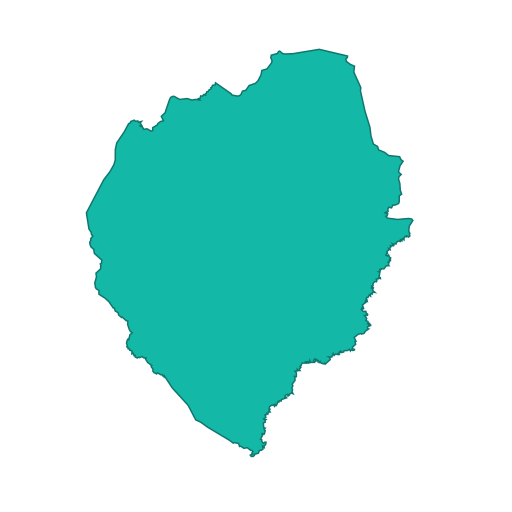 Pha Khao, Loei, Thailand, rotated 78°
{"feature_id": "78962969B60178316826194", "entity_name": "Pha Khao", "entity_type": "district", "adm_level": 2, "iso_a3": "THA", "parent_name": "Thailand", "parent_adm1": "Loei", "projection": "orthographic", "projection_center": [102.064, 17.053], "detail": "fine", "context": "isolated", "style": "filled", "palette": "teal", "viewbox_px": 512, "rotation_deg": 78, "n_neighbors": 0, "source": "geoboundaries", "source_scale": "gbopen_adm2", "svg_char_len": 6082}
<svg xmlns="http://www.w3.org/2000/svg" viewBox="0 0 512 512"><g transform="rotate(78 256 256)"><path d="M188.7,94.9L185.3,105.4L181.4,108.6L177.7,114.0L174.2,114.3L170.9,117.9L162.7,118.6L153.6,117.8L136.9,119.3L116.2,119.5L113.0,118.5L96.5,122.1L90.8,120.2L88.2,123.9L84.5,127.1L82.1,127.2L80.8,125.3L79.4,124.9L67.0,151.2L65.8,177.7L64.5,185.4L63.6,187.8L60.5,190.2L60.7,191.5L62.4,192.9L62.7,199.3L65.1,200.3L68.5,199.7L70.3,200.6L75.3,206.4L75.7,211.7L80.0,213.5L85.2,217.8L87.0,220.7L87.8,227.3L91.8,231.5L91.9,234.9L95.0,237.2L95.8,239.2L95.7,241.0L93.6,246.0L92.1,246.6L78.2,259.6L80.2,260.4L80.0,263.0L81.7,264.2L81.9,265.1L83.0,265.1L84.0,267.8L85.1,268.5L85.2,270.0L86.9,271.1L86.9,271.8L88.2,271.9L87.2,273.7L88.6,275.3L87.9,276.8L90.1,277.9L90.1,279.5L91.8,278.5L90.3,282.2L90.2,286.1L87.7,290.6L87.0,298.1L82.9,302.8L82.5,304.1L83.1,306.4L84.8,307.9L97.0,315.2L99.7,319.6L104.5,318.4L104.6,321.5L106.0,324.3L107.4,325.6L109.0,330.4L111.8,330.9L112.1,332.5L108.9,336.2L108.8,339.4L105.4,340.5L105.5,341.6L104.6,342.5L104.3,340.7L101.9,341.7L100.6,340.1L100.7,343.1L99.3,343.5L99.2,345.8L97.8,346.9L98.4,350.6L99.6,351.1L100.0,353.0L107.0,358.9L116.4,368.7L122.7,371.5L132.8,373.7L137.1,376.0L143.1,381.3L149.8,389.1L178.5,412.9L194.8,413.8L198.6,412.3L200.8,412.5L202.5,411.4L204.8,414.2L206.0,414.1L207.9,415.7L209.7,416.0L212.7,415.6L215.8,413.3L219.8,413.6L227.9,407.7L230.8,408.6L231.4,410.0L232.4,409.7L236.3,410.7L239.5,416.1L243.3,416.4L248.8,419.3L253.5,419.6L255.1,418.9L257.0,416.8L260.7,417.6L266.0,412.3L270.1,409.4L277.2,406.4L277.5,405.4L280.6,405.1L282.7,402.7L285.2,402.6L288.2,400.3L288.0,399.5L292.3,396.4L293.1,394.9L296.2,395.8L301.5,395.2L303.8,394.5L305.3,393.0L306.8,395.7L311.3,397.8L310.5,398.3L311.8,399.6L314.4,400.8L316.9,400.5L317.9,401.3L318.9,400.2L320.2,400.4L320.7,399.0L322.0,399.1L323.1,397.0L325.9,397.8L325.6,396.3L328.1,396.0L328.1,394.9L329.6,395.2L331.1,393.3L330.6,392.6L331.2,390.8L330.6,388.5L332.5,386.7L332.7,384.8L333.9,385.5L337.7,384.1L341.2,380.8L341.3,381.4L343.0,381.4L345.0,380.3L347.2,380.8L348.7,380.2L350.7,377.7L349.8,376.7L352.6,373.5L352.6,372.1L354.0,372.0L354.1,371.2L355.2,371.0L354.5,370.4L367.7,365.3L387.8,353.5L403.8,349.0L406.9,344.8L413.2,339.1L430.8,320.2L434.3,317.2L434.0,316.2L435.7,312.0L438.9,311.7L438.8,310.6L441.6,307.8L441.7,304.4L445.1,301.5L445.3,300.5L446.7,299.6L448.0,301.0L448.9,300.6L449.6,303.0L451.1,302.3L451.5,300.5L450.6,298.9L449.6,298.9L449.4,294.7L447.0,293.1L447.1,291.1L446.3,289.2L443.4,289.1L444.9,287.8L443.6,287.7L442.6,285.9L440.3,284.9L439.9,286.0L440.7,287.8L438.4,288.9L436.9,288.6L436.2,289.7L433.1,287.2L431.4,287.2L431.0,286.5L432.1,286.1L431.9,284.9L428.8,283.3L427.0,284.0L426.3,282.8L425.6,284.1L420.9,283.6L420.5,281.5L418.8,281.6L418.2,280.4L417.6,282.2L416.8,282.4L416.1,279.9L413.3,280.2L413.4,278.8L412.2,278.1L413.1,277.3L411.2,276.4L411.5,274.6L409.7,275.2L408.8,274.2L408.4,275.1L406.3,274.1L405.5,272.7L405.2,269.8L406.8,269.2L405.4,268.3L406.4,268.2L406.6,267.3L403.0,264.6L403.6,264.0L402.4,263.2L403.1,261.5L401.7,261.0L401.1,255.5L400.4,255.7L399.9,257.1L398.4,256.3L397.9,253.9L399.6,253.8L399.1,252.5L398.4,252.7L397.4,249.8L398.4,248.4L396.5,248.9L394.0,248.0L392.6,248.4L390.6,246.9L388.9,247.3L385.8,243.7L382.8,243.1L381.8,243.5L382.4,241.6L378.8,240.8L376.8,241.8L377.0,239.8L375.5,239.3L376.8,238.8L377.2,236.8L375.7,237.3L374.3,235.3L373.2,236.0L372.7,234.8L370.3,233.2L371.2,229.2L369.8,229.6L370.0,228.0L371.2,228.2L371.7,226.8L370.5,226.5L371.3,225.5L369.8,225.1L371.4,224.7L372.2,221.0L370.3,221.4L368.9,220.1L370.0,219.7L369.4,218.8L369.9,218.2L371.3,219.6L370.8,217.8L372.3,217.4L371.7,216.6L373.4,216.3L372.7,215.0L374.0,214.9L375.5,212.5L375.1,211.3L376.2,210.9L372.8,205.0L370.8,204.9L369.8,205.9L370.6,202.9L367.4,200.8L369.5,200.3L368.5,198.5L369.7,195.7L369.6,195.1L368.6,195.7L368.6,195.0L367.8,194.8L368.0,193.7L367.0,194.1L366.5,193.2L368.2,191.9L368.1,190.2L367.4,190.1L367.0,189.0L367.5,186.3L366.7,184.2L368.5,183.4L367.6,182.8L368.6,180.9L368.4,179.2L367.8,179.1L366.5,181.1L365.1,180.4L363.1,176.9L360.4,177.0L360.2,175.9L356.1,176.9L353.8,172.3L353.6,169.5L354.4,168.9L354.1,166.3L352.4,164.8L350.8,161.0L350.4,161.8L349.2,161.9L348.0,160.9L348.1,159.1L347.5,158.1L346.6,158.7L347.1,160.2L346.4,159.8L346.0,160.6L346.1,159.3L345.5,159.1L345.2,160.8L344.4,160.0L343.2,160.2L342.0,162.0L340.0,160.7L337.1,162.1L337.6,161.2L336.7,160.8L337.1,159.3L336.3,158.9L334.8,160.0L332.9,160.1L332.5,162.8L330.1,164.2L328.7,163.0L330.1,162.5L329.8,161.6L326.0,162.1L323.8,157.4L323.2,157.5L323.2,158.4L322.2,157.7L323.2,156.6L321.8,156.6L321.4,157.4L319.5,156.2L319.9,155.2L317.7,153.4L319.0,152.3L317.3,152.2L316.8,151.4L317.4,150.3L315.5,149.6L316.4,149.6L315.7,148.8L316.3,147.3L313.8,149.1L311.6,147.9L311.6,149.7L310.9,149.6L310.4,148.0L310.4,149.1L309.5,149.2L309.4,147.6L307.5,147.4L306.3,146.1L305.7,144.9L306.2,143.6L305.4,142.9L303.6,143.2L303.8,141.3L303.1,140.8L304.0,139.0L303.0,138.9L302.3,140.1L297.6,138.2L296.8,139.5L296.3,137.4L294.8,137.5L295.1,136.1L294.5,135.4L295.2,133.6L292.7,130.6L293.1,128.1L292.5,128.5L291.3,127.7L289.5,128.0L289.7,127.0L287.9,126.4L288.5,125.5L287.2,125.2L287.0,125.8L285.9,124.7L285.2,125.5L282.5,126.1L282.5,127.0L283.2,127.3L282.3,128.8L280.8,127.9L280.6,126.8L278.8,127.1L277.5,124.5L276.5,124.7L277.6,123.5L276.1,123.5L275.0,122.1L274.0,122.4L274.5,119.8L272.6,120.1L273.9,118.9L272.9,118.6L273.3,116.4L272.3,116.2L271.2,114.5L271.1,112.4L271.9,112.0L271.5,111.0L270.2,111.1L271.1,110.0L270.1,110.1L269.5,109.2L271.0,107.9L268.8,107.3L267.9,106.1L268.5,105.1L267.6,104.6L269.2,102.9L268.4,101.3L266.7,101.5L266.0,100.8L263.5,101.4L258.8,100.0L253.9,95.2L252.2,96.0L251.0,99.1L249.7,109.9L246.3,119.6L244.2,120.8L244.2,119.7L242.2,118.4L240.6,120.9L240.0,119.6L240.7,118.8L239.9,117.5L237.5,117.3L235.9,116.1L237.1,113.4L234.8,111.8L235.1,109.3L234.3,105.6L232.7,104.6L227.0,103.4L225.8,100.7L221.6,101.2L214.8,100.2L210.6,100.6L208.2,99.8L206.4,97.0L203.9,98.9L202.7,98.9L197.6,96.3L193.9,92.4L191.8,94.2L188.7,94.9Z" fill="#14b8a6" stroke="#0f766e" stroke-width="1.5"/></g></svg>